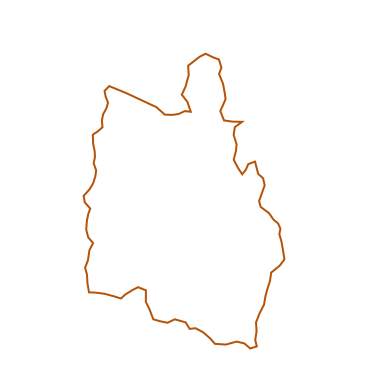 Pirapora do Bom Jesus, São Paulo, Brazil (Albers equal-area conic projection), rotated 293°
{"feature_id": "56859067B63542000245485", "entity_name": "Pirapora do Bom Jesus", "entity_type": "district", "adm_level": 2, "iso_a3": "BRA", "parent_name": "Brazil", "parent_adm1": "São Paulo", "projection": "albers", "projection_center": [-46.98, -23.379], "detail": "fine", "context": "isolated", "style": "outline", "palette": "amber", "viewbox_px": 384, "rotation_deg": 293, "n_neighbors": 0, "source": "geoboundaries", "source_scale": "gbopen_adm2", "svg_char_len": 1549}
<svg xmlns="http://www.w3.org/2000/svg" viewBox="0 0 384 384"><g transform="rotate(293 192 192)"><path d="M75.2,312.0L80.3,308.1L89.2,305.8L96.9,301.9L106.5,301.6L116.5,302.3L124.9,300.3L132.0,299.3L140.3,298.6L148.8,296.4L158.4,301.5L166.1,303.4L173.8,298.6L181.2,293.8L187.3,288.9L192.8,287.7L196.7,283.5L198.5,277.7L202.6,271.1L205.1,261.1L209.8,257.3L216.3,256.9L226.5,256.3L232.4,252.1L234.5,245.9L239.2,242.3L244.6,238.1L239.6,232.9L233.8,232.9L227.9,231.3L232.4,224.6L238.0,217.8L246.9,216.4L253.2,214.5L260.9,208.0L268.4,206.1L276.1,210.6L272.5,201.5L270.4,193.5L277.6,186.4L284.2,186.6L290.7,186.6L296.0,183.4L303.7,178.3L311.2,170.8L318.0,170.5L324.5,165.0L324.2,158.2L324.6,150.5L319.5,146.2L306.8,139.1L298.3,143.3L286.3,144.9L277.6,144.6L273.1,152.6L265.4,159.5L263.6,153.7L258.6,149.2L255.4,144.0L252.6,136.8L256.2,126.1L257.3,94.0L257.3,86.2L257.1,74.4L250.9,72.0L246.1,75.2L241.4,79.8L235.4,80.5L228.8,79.8L222.4,81.2L216.7,84.3L211.2,81.7L206.0,78.3L197.9,82.1L191.3,86.6L186.0,89.1L180.1,90.2L174.5,95.3L168.7,96.9L161.3,97.6L154.6,96.7L146.1,93.8L140.6,97.3L137.0,104.8L131.3,105.1L124.8,106.4L116.1,109.3L109.7,114.2L106.3,120.9L98.4,120.3L88.5,122.9L80.5,123.2L75.1,127.5L67.2,131.4L59.4,136.4L61.7,142.6L64.2,151.5L65.4,160.2L66.2,168.2L71.3,170.5L78.2,175.3L83.3,179.5L83.5,188.0L72.9,192.4L67.5,198.6L59.7,206.1L60.6,213.3L62.1,220.6L68.1,225.9L69.5,237.1L65.1,243.3L68.0,248.5L67.2,257.2L64.2,266.2L61.2,272.4L64.8,282.8L71.7,291.5L73.1,299.3L70.7,306.7L75.2,312.0Z" fill="none" stroke="#b45309" stroke-width="2"/></g></svg>